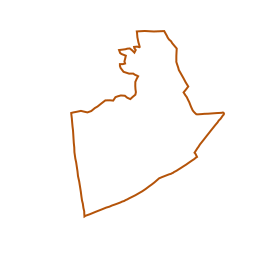 Al-Rumaitha, Al-Muthannia, Iraq, rotated 139°
{"feature_id": "34846034B72933378732296", "entity_name": "Al-Rumaitha", "entity_type": "district", "adm_level": 2, "iso_a3": "IRQ", "parent_name": "Iraq", "parent_adm1": "Al-Muthannia", "projection": "albers", "projection_center": [45.302, 31.497], "detail": "fine", "context": "isolated", "style": "outline", "palette": "amber", "viewbox_px": 256, "rotation_deg": 139, "n_neighbors": 0, "source": "geoboundaries", "source_scale": "gbopen_adm2", "svg_char_len": 2318}
<svg xmlns="http://www.w3.org/2000/svg" viewBox="0 0 256 256"><g transform="rotate(139 128 128)"><path d="M87.4,67.5L84.5,68.4L79.0,69.4L74.4,70.3L66.0,71.9L59.9,73.0L56.6,73.5L54.6,74.1L52.3,74.2L50.6,74.6L48.3,75.2L47.2,75.3L46.3,75.7L45.9,76.7L46.2,77.4L47.6,78.2L51.3,81.1L58.4,86.4L60.8,88.4L63.3,90.2L66.1,92.3L67.4,93.5L67.6,95.3L67.7,97.3L67.6,98.8L67.4,99.7L67.2,100.3L66.5,102.7L65.5,105.5L64.8,107.4L64.3,109.5L63.4,112.7L63.2,115.1L62.8,117.7L62.7,118.4L59.1,119.0L55.3,119.8L54.5,124.7L53.5,129.0L52.1,135.8L51.6,138.4L50.5,140.6L48.9,144.5L48.1,146.3L47.4,147.0L46.4,148.2L44.2,150.7L41.9,153.1L39.1,156.0L39.0,163.0L38.6,165.2L39.0,167.9L38.7,170.4L38.3,171.6L38.0,173.0L37.1,177.4L45.2,183.9L51.8,190.3L58.0,195.1L58.9,193.7L61.4,190.3L64.0,185.7L64.7,184.1L65.8,181.9L66.0,181.5L66.4,181.5L67.8,183.5L70.2,185.2L70.9,183.9L71.0,181.8L73.7,180.7L73.9,183.8L74.5,186.9L76.6,188.4L78.2,189.1L80.8,190.8L83.6,192.7L84.7,189.8L84.4,188.2L82.2,184.0L84.1,182.6L87.0,180.6L87.9,178.6L90.0,179.6L92.2,181.5L93.4,180.1L94.2,178.1L94.5,173.3L91.5,168.3L88.4,165.7L87.8,163.5L86.9,161.7L86.4,160.4L89.0,159.5L92.2,158.0L94.9,155.0L96.9,152.4L98.5,149.9L100.6,148.3L104.0,148.4L107.3,148.3L108.7,151.3L109.2,154.4L112.1,157.3L115.1,158.7L117.2,159.5L121.2,158.4L123.5,160.8L127.0,163.7L132.0,164.0L136.9,164.2L139.9,164.8L144.6,164.9L148.4,166.4L150.3,169.0L152.3,171.8L156.1,173.9L159.0,175.6L161.0,176.6L161.6,175.8L164.1,172.1L166.6,168.7L168.9,165.5L171.2,162.1L173.8,158.7L175.8,156.1L178.7,152.3L181.3,148.6L184.3,144.9L187.8,139.5L189.6,136.2L191.9,132.6L194.5,128.5L197.3,124.5L199.9,119.7L202.7,115.2L205.4,110.9L208.0,107.0L210.3,103.4L211.7,100.6L214.1,96.9L215.8,93.7L216.6,92.8L218.9,89.8L217.5,89.6L213.5,88.0L207.2,85.9L201.3,83.8L196.6,82.2L193.6,80.8L190.9,80.0L187.7,78.7L184.8,77.6L182.6,76.8L180.7,76.3L178.7,75.4L177.2,75.2L175.4,74.6L173.4,74.2L169.2,73.1L166.5,72.4L160.8,71.3L158.8,70.9L154.8,70.4L150.3,70.1L147.3,69.8L143.9,69.6L139.7,69.6L138.0,69.6L137.3,69.6L136.4,69.2L135.0,68.8L132.5,67.9L129.4,66.8L127.2,66.0L125.9,65.3L124.1,64.9L123.3,64.6L122.3,64.6L119.4,63.9L116.6,63.5L115.4,63.3L111.2,62.7L108.0,62.2L105.8,62.0L101.3,61.5L98.4,61.1L96.4,61.1L94.9,60.9L94.5,62.4L94.0,64.3L94.0,65.7L91.9,66.3L88.9,67.2L87.4,67.5Z" fill="none" stroke="#b45309" stroke-width="2"/></g></svg>